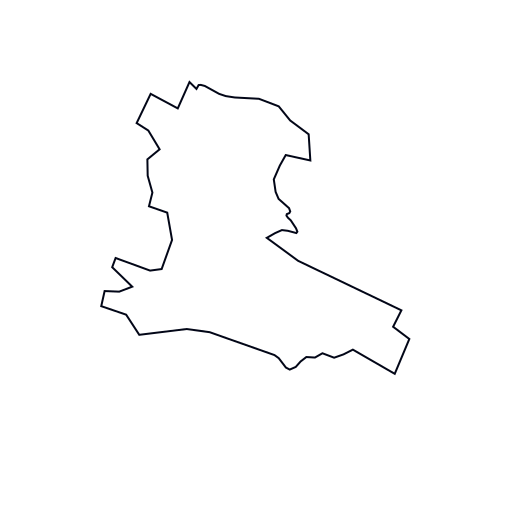 the border of Vecumnieku, rotated 37°
{"feature_id": "LVA-5735", "entity_name": "Vecumnieku", "entity_type": "Municipality", "adm_level": 1, "iso_a3": "LVA", "parent_name": "Latvia", "parent_adm1": "", "projection": "robinson", "projection_center": [24.617, 56.512], "detail": "fine", "context": "isolated", "style": "outline", "palette": "ink", "viewbox_px": 512, "rotation_deg": 37, "n_neighbors": 0, "source": "natural_earth", "source_scale": "10m", "svg_char_len": 1049}
<svg xmlns="http://www.w3.org/2000/svg" viewBox="0 0 512 512"><g transform="rotate(37 256 256)"><path d="M364.2,301.6L357.0,306.4L355.1,313.4L354.5,320.7L351.3,326.4L347.0,327.1L335.6,323.9L330.4,324.0L283.7,338.8L264.9,344.7L244.5,356.1L210.2,389.2L187.6,381.0L162.6,389.2L156.2,375.1L168.2,366.8L175.6,355.0L147.9,351.5L145.1,342.1L180.2,331.4L188.5,323.2L179.3,293.7L159.0,274.8L140.6,280.7L135.1,267.7L121.2,257.1L111.1,244.2L114.8,228.8L94.5,220.6L80.7,221.7L74.3,189.9L104.7,185.2L98.2,157.1L107.9,158.4L107.3,154.0L108.9,152.6L112.8,151.0L129.0,148.7L135.6,146.5L143.6,142.2L163.7,128.7L184.1,122.8L201.7,127.2L224.8,127.1L241.9,147.0L219.0,157.5L220.6,169.4L224.1,184.1L233.1,193.0L239.7,196.8L253.6,197.9L256.5,199.8L256.8,201.7L255.4,204.0L256.0,205.4L258.4,206.2L262.3,206.6L271.3,209.8L274.4,211.7L274.4,213.4L266.3,216.7L261.1,219.7L257.5,226.2L253.7,235.0L292.6,234.5L404.8,211.9L408.1,230.0L428.4,230.0L437.7,266.6L389.7,272.5L385.1,281.9L379.6,290.2L367.6,293.7L364.2,301.6Z" fill="none" stroke="#020617" stroke-width="2"/></g></svg>